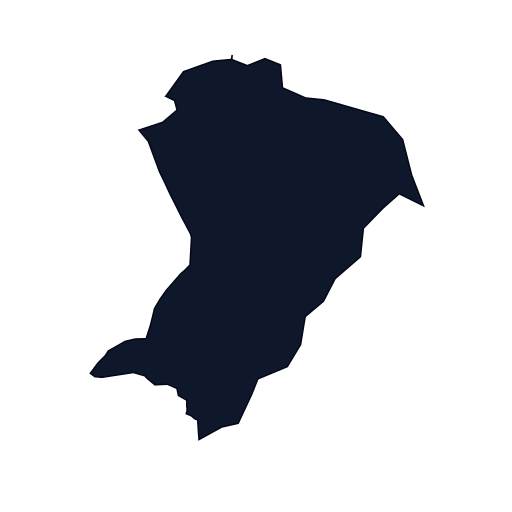 the district of Lympia, Nicosia, Cyprus, rotated 106°
{"feature_id": "46923920B77915362912232", "entity_name": "Lympia", "entity_type": "district", "adm_level": 2, "iso_a3": "CYP", "parent_name": "Cyprus", "parent_adm1": "Nicosia", "projection": "orthographic", "projection_center": [33.474, 34.986], "detail": "fine", "context": "isolated", "style": "filled", "palette": "ink", "viewbox_px": 512, "rotation_deg": 106, "n_neighbors": 0, "source": "geoboundaries", "source_scale": "gbopen_adm2", "svg_char_len": 1568}
<svg xmlns="http://www.w3.org/2000/svg" viewBox="0 0 512 512"><g transform="rotate(106 256 256)"><path d="M407.6,317.8L407.7,317.7L403.7,305.8L405.1,295.5L411.5,292.1L412.5,287.9L413.7,282.9L415.6,282.2L418.2,281.6L421.8,280.2L423.8,279.6L426.8,279.6L427.3,275.5L427.5,274.0L429.3,270.3L429.7,266.9L444.4,261.6L448.2,260.2L429.9,241.9L421.7,227.0L390.2,222.0L373.6,220.3L353.7,195.4L328.9,188.7L300.7,192.0L280.9,178.7L256.0,173.7L240.8,163.8L227.9,155.4L199.7,160.4L174.9,147.1L156.7,135.5L161.6,108.8L135.1,128.8L103.7,147.1L87.1,172.0L87.1,190.3L87.1,208.6L87.1,233.6L90.4,251.9L87.0,276.9L65.5,285.2L63.8,301.8L75.4,316.8L73.8,333.4L69.3,334.3L73.8,333.8L80.6,351.1L81.1,351.8L81.0,351.7L81.2,351.9L88.8,362.6L98.7,376.4L98.8,376.5L127.2,386.7L127.3,386.8L129.0,377.2L132.9,374.8L137.5,372.1L153.2,382.6L167.2,403.2L167.5,402.8L175.4,391.2L178.2,389.1L201.6,372.0L206.6,367.5L211.9,362.8L220.7,355.2L225.5,350.7L240.0,337.4L242.1,335.3L252.7,325.1L256.0,323.1L282.8,317.0L290.2,321.0L290.8,321.5L292.6,322.7L294.5,323.8L312.9,332.4L314.1,332.9L323.8,336.3L334.5,339.1L342.0,338.7L352.1,338.4L358.6,338.6L361.9,338.7L362.5,338.7L363.6,338.8L364.6,338.8L365.8,338.9L368.9,348.7L369.2,349.4L369.8,350.6L370.2,351.3L371.3,353.2L374.3,358.5L374.9,359.0L379.0,363.0L387.2,371.1L387.8,371.7L387.9,371.8L393.1,373.3L397.3,375.6L402.2,378.3L403.5,378.8L414.2,382.8L414.5,382.9L415.1,381.1L416.3,378.0L416.4,377.7L415.7,373.8L415.1,370.6L414.0,368.3L401.8,341.8L401.8,330.0L403.8,326.6L406.4,320.6L407.6,317.8Z" fill="#0f172a" stroke="#020617" stroke-width="1.5"/></g></svg>